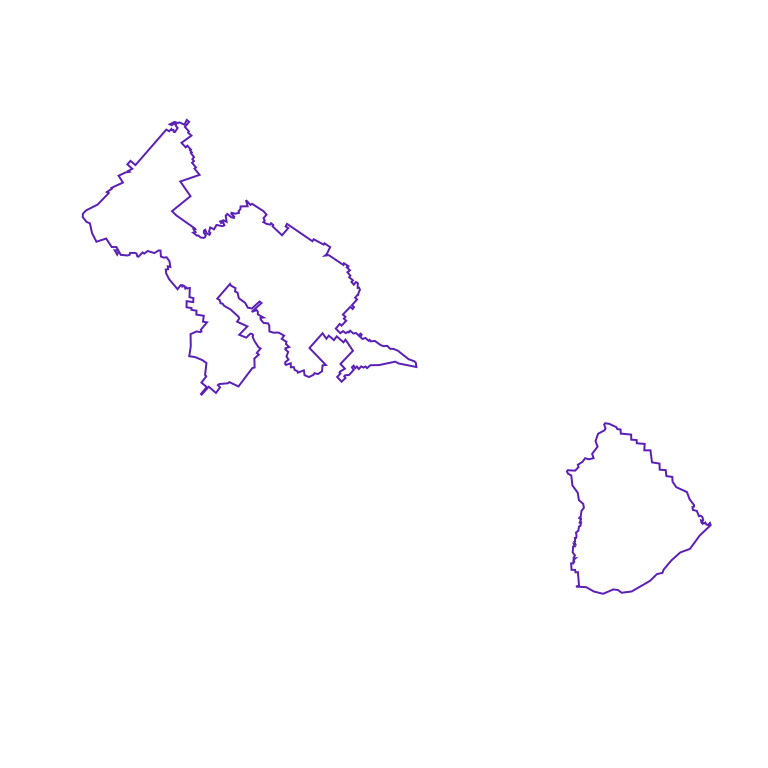 the district of Mecayapan, Veracruz, Mexico, rotated 132°
{"feature_id": "50627088B77395732347793", "entity_name": "Mecayapan", "entity_type": "district", "adm_level": 2, "iso_a3": "MEX", "parent_name": "Mexico", "parent_adm1": "Veracruz", "projection": "natural_earth1", "projection_center": [-94.816, 18.315], "detail": "fine", "context": "isolated", "style": "outline", "palette": "violet", "viewbox_px": 768, "rotation_deg": 132, "n_neighbors": 0, "source": "geoboundaries", "source_scale": "gbopen_adm2", "svg_char_len": 6129}
<svg xmlns="http://www.w3.org/2000/svg" viewBox="0 0 768 768"><g transform="rotate(132 384 384)"><path d="M466.4,668.9L464.0,669.6L463.3,668.5L464.2,666.1L460.2,660.7L458.2,659.5L456.5,660.4L453.3,656.9L452.6,655.3L454.2,652.8L453.6,651.6L447.8,651.5L447.6,649.5L443.3,648.6L440.3,642.2L435.6,640.9L434.4,639.4L438.5,635.1L437.4,632.1L435.3,630.4L436.3,625.6L440.0,621.1L441.2,623.4L443.2,621.3L445.0,622.8L447.6,619.8L449.9,613.8L451.7,600.8L446.7,601.3L445.5,600.0L447.3,598.4L445.7,599.7L444.7,597.8L446.0,595.5L444.5,595.3L444.6,594.2L442.6,592.5L449.6,586.7L447.7,583.1L450.8,580.6L454.5,586.1L459.1,582.1L456.4,577.9L457.7,576.7L455.0,572.4L458.0,569.9L453.9,563.6L458.8,560.2L456.6,556.8L466.2,556.4L467.0,554.9L468.2,555.1L470.4,558.5L476.4,561.1L485.2,552.9L493.7,547.3L490.5,542.6L487.8,535.0L487.2,530.0L497.0,523.0L497.3,521.2L505.1,520.6L504.9,513.7L513.9,513.3L513.9,512.4L503.3,512.4L503.1,502.9L496.2,503.6L496.0,506.7L494.3,506.4L487.8,500.4L486.1,500.2L483.2,490.5L460.3,492.5L458.3,491.2L451.8,497.4L446.0,496.7L446.0,499.3L440.2,499.5L440.6,502.1L438.7,509.1L436.9,513.2L435.2,514.0L435.1,515.6L436.1,517.0L441.7,517.4L444.3,524.5L432.6,524.1L436.0,534.9L432.2,535.4L431.4,537.0L431.3,547.9L432.9,555.2L432.3,557.8L433.4,559.5L431.6,562.2L432.1,565.0L412.6,565.4L413.3,563.5L412.1,558.5L414.9,556.6L414.1,553.9L417.4,549.3L416.6,541.5L418.4,536.2L416.2,532.7L406.0,531.7L405.8,529.2L418.9,530.6L414.3,528.1L414.6,526.2L416.7,524.3L415.3,518.1L417.5,520.0L418.6,518.8L419.2,514.4L416.5,510.7L417.4,508.3L421.6,504.3L419.9,500.6L416.3,496.7L414.9,490.6L418.9,490.2L417.9,484.7L419.9,483.6L420.0,479.2L423.2,481.1L424.3,480.6L424.3,476.7L428.8,474.9L429.8,471.3L433.9,472.0L435.4,470.6L435.4,469.6L431.0,467.2L433.9,464.4L431.8,462.4L433.3,459.8L432.4,456.8L433.2,455.6L427.5,452.7L430.6,448.9L429.0,444.4L424.2,442.5L422.5,442.9L420.8,439.7L416.0,438.6L411.3,442.1L408.8,439.9L407.1,463.5L387.4,463.6L388.9,457.1L385.0,457.4L384.9,450.6L380.2,451.0L380.2,442.0L376.8,442.3L380.1,429.3L398.2,429.8L398.8,423.3L404.3,425.0L405.3,424.7L405.4,423.4L410.1,423.5L410.7,417.1L405.4,416.6L405.0,418.6L403.8,418.8L400.5,416.0L393.9,416.0L393.0,419.0L390.7,418.8L391.6,415.9L389.2,415.8L389.7,412.7L386.2,412.7L385.5,410.2L383.4,409.5L383.5,407.2L379.2,406.7L373.3,400.4L359.9,390.6L358.9,386.8L349.7,371.3L346.9,374.6L346.8,376.6L349.1,382.3L350.0,396.1L351.6,400.5L353.7,403.0L353.5,407.1L356.2,409.7L357.3,412.4L358.1,419.6L361.2,422.4L360.8,424.2L362.2,424.4L362.2,428.6L364.9,430.1L364.9,433.2L362.3,433.6L362.3,435.2L364.9,435.1L364.8,438.8L367.0,440.6L367.0,444.8L369.2,444.7L369.2,445.6L371.8,446.5L372.1,449.8L375.5,450.5L375.1,456.9L369.0,457.1L369.0,454.6L362.3,454.4L362.3,457.6L359.9,457.6L359.9,461.0L349.2,460.7L349.2,457.5L346.9,457.8L346.9,460.6L339.2,460.6L339.2,463.2L335.5,463.3L334.5,462.3L334.8,463.3L330.0,465.0L329.1,467.0L330.2,467.9L326.6,470.9L327.0,473.1L330.4,472.9L329.9,476.5L327.7,476.4L328.0,481.3L326.0,481.5L325.4,486.0L322.3,485.4L322.3,490.7L322.0,488.8L320.2,489.2L321.1,494.5L322.7,493.8L325.2,511.3L328.1,513.8L325.6,513.5L318.3,515.6L319.3,522.4L320.8,522.1L323.5,533.1L325.8,532.7L329.9,563.2L332.7,562.5L332.2,559.5L341.7,559.3L341.4,572.3L340.0,572.6L340.1,575.5L341.6,575.2L343.4,577.9L344.4,582.0L342.4,582.0L341.4,584.5L336.8,584.6L336.2,589.2L338.4,602.7L340.3,603.1L339.7,609.6L343.2,604.3L348.0,609.4L350.2,607.7L352.7,607.8L353.8,606.3L357.0,608.5L358.8,611.9L359.7,611.3L359.9,607.3L361.0,606.7L362.3,609.2L362.5,614.3L364.9,614.2L368.8,609.5L369.8,612.9L372.8,614.5L373.4,612.9L371.6,611.5L372.9,608.8L374.7,609.6L377.9,614.9L382.8,613.8L383.9,617.9L388.0,615.9L387.9,614.2L389.9,613.5L390.7,616.7L389.0,620.0L390.5,620.4L392.1,619.2L392.8,616.0L394.6,615.2L396.1,615.8L397.8,618.3L397.9,621.5L398.9,622.2L399.2,627.1L397.2,625.8L396.4,629.1L395.1,628.0L395.0,628.7L397.7,651.4L397.4,657.2L373.9,653.5L369.8,670.9L352.0,661.0L350.7,669.0L348.9,668.7L348.0,674.7L345.5,674.4L345.1,676.9L342.5,677.0L341.6,682.1L340.5,681.8L340.0,684.7L339.0,684.4L338.5,689.6L340.8,689.7L340.3,695.9L328.3,693.3L328.3,697.8L326.8,698.1L326.2,704.0L319.6,704.2L319.7,707.3L324.8,705.8L326.5,711.1L328.1,711.9L329.3,715.0L334.3,716.9L333.6,714.8L331.3,714.6L330.4,712.1L331.4,711.6L331.8,708.7L336.7,708.0L337.3,709.1L336.1,710.6L337.4,711.8L336.9,712.6L339.9,712.8L340.6,716.0L387.6,715.2L387.8,721.7L392.5,721.7L392.5,715.1L396.8,716.6L396.7,715.2L399.5,717.5L406.8,720.6L409.0,712.8L420.6,717.8L420.9,716.9L426.8,718.4L426.3,716.3L442.3,716.9L454.5,721.6L458.9,721.7L461.4,719.8L461.8,718.1L462.6,713.7L461.4,710.0L467.2,702.0L470.7,692.9L461.8,687.8L464.4,678.0L461.3,674.5L462.5,670.8L464.8,673.6L466.4,668.9ZM314.3,185.9L315.5,183.8L320.5,184.0L325.2,189.8L326.7,189.5L327.5,187.3L326.7,183.6L333.3,176.1L335.2,167.3L339.9,161.4L339.8,155.7L342.3,152.6L346.2,152.3L351.2,148.9L352.1,149.3L352.2,148.2L353.0,148.6L352.8,147.0L354.9,146.3L354.8,145.3L356.1,145.6L355.9,144.3L358.2,143.1L359.4,143.7L363.0,141.4L365.9,141.9L368.1,139.2L370.0,138.3L370.7,139.1L373.0,136.7L373.9,137.0L375.0,134.6L375.8,136.0L376.9,133.5L378.3,134.7L382.9,131.1L383.6,127.4L386.4,126.8L386.8,126.0L385.7,125.2L387.6,125.4L389.2,123.0L389.0,124.6L390.7,123.3L392.1,124.9L396.6,120.3L394.3,117.6L395.8,115.7L394.1,114.0L403.3,104.2L406.1,105.7L399.7,97.8L397.8,89.2L393.3,80.8L383.2,76.1L380.6,72.4L380.1,67.7L372.4,61.1L352.3,54.6L342.7,54.0L338.0,50.7L334.7,52.0L322.7,52.4L310.9,51.1L301.8,46.3L285.4,48.0L270.3,46.8L269.2,48.8L272.0,48.9L272.7,50.3L272.0,52.6L273.4,52.9L273.7,55.1L274.6,54.3L274.6,55.3L273.3,57.1L272.9,55.7L271.5,55.7L269.9,58.3L269.9,60.5L271.5,61.5L269.0,66.6L270.9,70.2L269.0,72.5L267.6,71.6L266.5,72.6L265.2,79.7L261.6,86.6L265.1,97.7L263.5,104.2L260.1,107.6L263.5,112.5L259.5,117.0L263.2,121.8L258.8,126.0L262.9,132.4L255.0,141.6L259.1,146.2L254.1,150.2L258.9,156.5L256.6,158.7L259.9,163.0L256.2,166.5L262.4,174.8L259.5,177.8L261.4,180.4L260.6,182.4L262.9,190.0L265.2,193.4L266.8,193.3L268.8,189.6L271.0,189.2L277.7,191.6L284.9,188.6L287.7,183.3L296.6,182.6L298.9,178.6L302.9,181.4L304.6,184.9L309.0,184.4L314.3,185.9Z" fill="none" stroke="#5b21b6" stroke-width="2"/></g></svg>